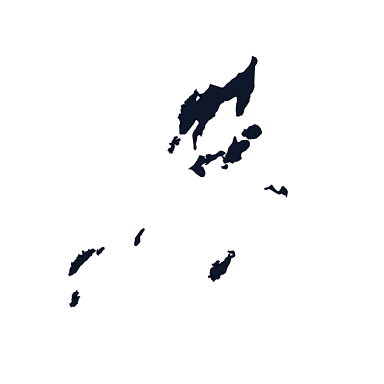 outline of Milne Bay, rotated 109°
{"feature_id": "PNG-1252", "entity_name": "Milne Bay", "entity_type": "Province", "adm_level": 1, "iso_a3": "PNG", "parent_name": "Papua New Guinea", "parent_adm1": "", "projection": "orthographic", "projection_center": [151.454, -10.028], "detail": "fine", "context": "isolated", "style": "filled", "palette": "ink", "viewbox_px": 384, "rotation_deg": 109, "n_neighbors": 0, "source": "natural_earth", "source_scale": "10m", "svg_char_len": 6121}
<svg xmlns="http://www.w3.org/2000/svg" viewBox="0 0 384 384"><g transform="rotate(109 192 192)"><path d="M72.4,167.8L76.8,167.7L81.1,169.3L83.5,168.3L84.9,168.7L87.3,167.9L93.3,169.2L96.0,170.2L100.8,169.7L102.9,170.3L103.7,172.1L104.9,172.7L105.2,174.6L104.0,174.7L99.9,176.7L93.9,178.2L92.6,178.3L91.5,177.9L90.8,178.6L87.3,179.8L86.8,181.0L87.0,182.0L88.5,183.7L92.6,187.0L94.3,189.1L94.2,191.3L96.5,191.8L98.9,194.0L102.0,194.8L106.4,194.8L109.8,196.4L112.7,195.5L114.2,197.2L116.3,198.0L118.2,200.0L123.5,201.7L124.7,201.9L127.6,201.4L131.3,202.5L133.3,201.7L135.6,201.9L134.5,203.5L137.0,205.9L142.1,204.9L145.7,204.7L148.1,203.1L149.2,202.7L150.7,202.9L150.5,203.6L149.5,204.3L147.2,204.9L138.5,209.3L136.4,209.7L133.8,209.4L131.3,208.4L127.8,208.0L125.9,207.2L124.5,207.2L122.6,208.7L121.5,210.9L122.4,212.8L122.8,212.4L123.6,212.8L126.1,213.0L138.2,217.1L139.4,218.2L139.8,220.1L140.7,221.6L140.4,222.2L132.8,225.2L132.0,224.8L129.3,225.3L126.5,227.8L126.2,229.0L124.4,228.6L122.8,229.0L122.1,227.7L121.2,227.3L117.5,229.0L116.3,228.3L114.1,229.8L112.4,228.5L113.0,226.9L112.4,226.5L108.8,227.9L107.7,226.4L106.2,226.4L105.0,225.2L103.1,224.8L104.1,224.2L102.9,222.1L102.0,223.7L101.5,223.7L100.1,222.9L100.5,221.7L99.3,222.5L98.3,221.6L96.7,221.0L97.1,221.8L96.7,222.2L94.4,221.4L96.6,220.1L96.7,219.1L95.6,219.5L96.5,218.5L97.0,218.3L97.4,219.0L99.5,218.7L102.0,219.3L105.0,218.3L105.4,216.7L106.9,216.3L103.9,216.0L102.1,215.0L99.9,214.4L99.1,215.2L98.2,217.9L97.5,217.2L97.3,215.7L95.3,212.7L88.5,209.5L84.6,209.4L84.4,198.2L83.2,195.6L78.7,193.8L75.7,191.6L72.9,190.4L69.1,187.2L64.8,186.2L63.5,183.3L61.7,181.6L54.3,178.6L50.7,178.0L47.5,178.0L44.5,178.7L44.7,175.4L46.5,173.5L49.1,173.2L52.5,174.1L69.0,169.3L72.4,167.8ZM146.5,170.8L146.8,171.7L143.3,170.8L138.6,171.2L132.6,169.2L126.2,169.6L126.0,169.3L126.8,168.4L130.0,166.3L130.6,164.9L130.2,163.1L127.5,161.6L125.8,157.7L125.6,156.0L126.1,154.7L127.2,153.8L130.1,153.1L135.2,155.3L137.0,157.3L139.5,158.8L143.4,157.6L144.2,156.6L146.4,158.0L148.4,160.0L148.4,161.5L151.2,163.1L151.0,165.6L150.0,166.4L150.9,167.4L152.0,167.5L152.4,168.9L153.7,170.0L153.7,170.8L152.2,172.3L151.6,171.7L150.7,172.4L148.8,174.2L149.5,171.3L149.2,170.9L146.5,170.8ZM265.6,141.0L269.1,142.7L267.9,144.0L268.1,144.3L267.7,145.1L267.1,145.3L265.4,144.1L264.5,145.1L266.8,147.2L267.1,148.1L266.6,148.7L266.3,148.7L265.2,147.1L264.1,147.1L262.6,148.3L259.3,148.8L258.0,148.6L254.3,144.4L253.3,145.7L253.4,146.5L254.8,146.8L254.7,147.8L253.8,148.9L252.9,147.3L249.4,145.7L248.7,144.5L249.1,143.7L250.3,144.6L251.6,144.7L251.3,143.9L251.6,143.3L252.6,142.9L252.1,142.3L249.9,141.2L246.2,138.1L244.8,138.6L241.1,136.4L239.2,136.7L238.8,136.3L240.7,135.5L240.7,135.1L239.3,132.8L238.1,132.2L236.7,133.2L236.7,137.4L236.4,138.9L235.9,136.1L234.6,133.7L235.5,132.5L238.1,131.1L239.2,131.3L241.7,134.0L246.3,133.6L252.1,134.6L257.1,134.4L259.1,135.8L260.1,137.6L261.0,138.2L262.9,138.7L263.9,138.2L265.2,139.0L265.8,139.6L265.6,141.0ZM165.3,190.0L168.9,186.7L171.2,185.9L173.3,186.2L174.2,188.5L172.5,194.5L170.5,198.1L170.7,198.7L170.2,200.5L170.5,201.5L166.3,198.5L160.6,196.9L155.3,196.2L155.0,192.2L155.7,191.9L157.2,189.9L154.5,187.7L154.6,189.2L153.7,190.1L152.5,190.1L151.8,188.6L151.1,188.1L151.1,184.8L149.4,181.8L148.5,180.9L147.3,180.6L146.9,179.6L145.4,179.3L144.3,178.1L143.9,176.4L144.5,173.6L147.2,175.3L148.1,176.3L149.0,178.8L153.0,180.8L156.6,184.8L160.3,186.6L161.0,187.7L159.7,187.4L159.3,188.3L159.6,189.4L162.6,191.9L164.7,192.6L165.5,192.3L165.9,191.1L165.3,190.0ZM309.7,279.8L310.6,280.2L310.3,281.3L309.7,280.9L308.9,281.3L308.1,280.9L306.9,281.6L305.5,281.3L305.0,282.0L300.9,281.2L300.0,282.0L298.3,282.5L298.0,281.6L298.9,281.6L299.1,280.8L298.8,280.5L296.9,280.6L296.3,279.7L294.8,280.0L294.2,279.7L294.6,278.9L293.8,278.6L293.8,277.7L291.8,279.3L289.7,278.1L288.8,278.6L288.3,278.2L288.2,276.5L289.3,275.1L288.9,274.6L288.3,274.3L287.6,275.0L286.7,274.2L283.7,276.1L283.4,275.0L285.6,273.9L285.6,273.1L283.3,272.6L281.6,270.5L280.4,270.7L280.5,268.6L279.4,268.2L278.4,267.0L279.2,264.5L282.1,266.6L283.1,266.9L284.7,266.6L285.0,267.5L290.5,269.7L292.0,271.0L295.4,272.4L298.0,274.0L306.1,276.1L307.2,277.6L308.9,278.4L309.7,279.8ZM120.6,150.1L123.2,155.9L120.7,160.7L122.2,160.8L122.1,161.7L120.9,163.4L119.5,163.4L116.5,162.0L116.1,162.4L115.8,160.0L111.7,158.7L110.6,156.8L108.1,154.5L108.4,151.1L110.0,148.2L112.6,146.1L114.0,145.8L119.6,148.8L120.6,150.1ZM163.2,120.5L165.2,122.6L165.4,124.6L163.2,121.1L159.9,118.8L162.9,114.6L164.3,110.7L162.0,108.8L157.8,108.1L157.4,107.0L158.4,105.7L159.0,103.9L160.9,102.1L164.7,101.5L164.3,101.9L164.2,104.6L163.5,106.8L165.2,108.7L165.2,111.1L163.4,119.0L163.2,120.5ZM338.2,266.2L338.7,267.9L339.5,268.8L338.7,270.0L337.6,270.7L337.2,269.9L335.0,269.3L331.9,270.5L331.1,270.4L330.9,269.1L330.5,269.1L330.2,270.6L329.3,271.2L328.2,271.1L325.9,270.7L325.0,269.3L323.3,268.7L324.9,267.5L324.1,266.4L325.8,267.3L328.2,267.5L329.4,268.0L329.8,267.5L330.8,267.7L330.5,266.8L329.8,267.2L329.0,266.7L329.0,266.0L328.2,265.5L327.9,264.5L330.5,264.9L334.8,264.5L335.8,265.6L336.5,265.3L338.2,266.2ZM256.1,225.4L260.5,227.2L260.9,228.3L259.8,229.1L256.1,229.6L254.5,230.2L245.0,227.5L242.7,225.9L242.7,225.5L243.5,225.1L247.1,226.2L248.4,226.1L250.7,227.5L256.1,225.4ZM150.8,220.4L152.1,221.2L152.2,221.9L151.5,222.8L151.9,223.1L151.7,226.7L151.2,227.0L147.3,225.9L146.2,226.3L144.8,224.3L145.1,223.9L147.8,225.3L150.2,225.3L146.2,221.7L146.1,220.6L147.1,220.4L147.8,221.2L150.1,221.0L150.8,220.4ZM161.8,224.3L160.2,225.5L160.1,226.1L161.4,226.2L160.2,227.4L160.2,227.9L158.5,227.5L157.6,226.0L154.2,225.8L154.0,228.1L153.5,228.5L152.8,226.1L153.1,225.1L154.0,224.0L155.7,223.5L158.8,223.5L160.2,224.3L161.0,223.6L161.8,224.3ZM278.1,262.3L278.9,261.5L277.3,260.3L276.7,260.6L274.3,258.8L273.5,257.8L273.7,257.1L274.4,256.8L275.8,257.8L278.5,258.4L280.9,260.1L281.9,260.4L280.8,261.9L280.2,261.7L279.5,262.2L278.1,262.3ZM158.5,169.3L159.5,170.6L158.6,171.7L157.4,169.8L155.1,168.2L155.3,167.4L157.4,166.7L158.8,167.3L159.1,168.2L158.9,169.2L158.5,169.3Z" fill="#0f172a" stroke="#020617" stroke-width="1.5"/></g></svg>